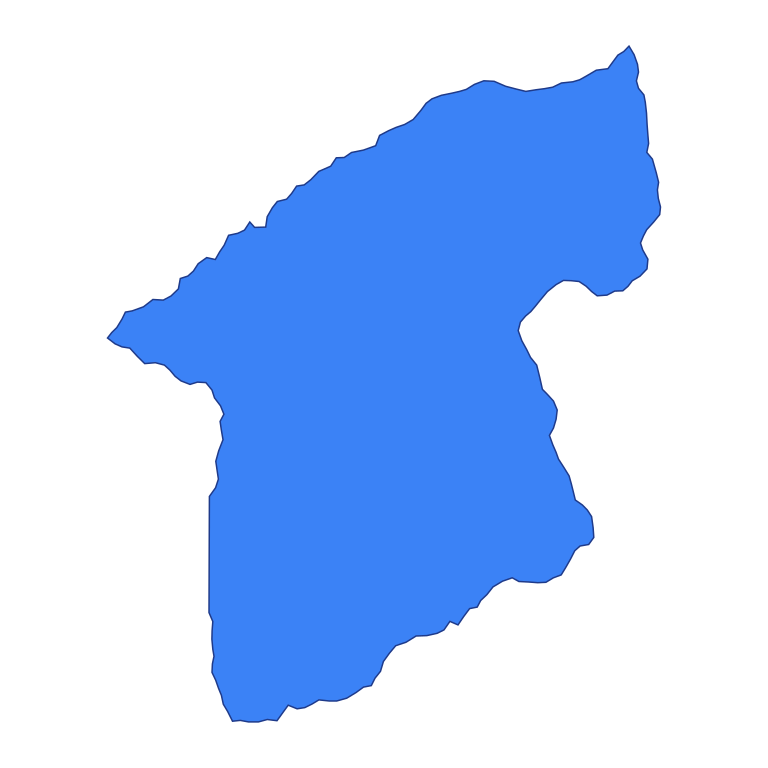 outline of Luislândia, Minas Gerais, Brazil
{"feature_id": "56859067B98667495241529", "entity_name": "Luislândia", "entity_type": "district", "adm_level": 2, "iso_a3": "BRA", "parent_name": "Brazil", "parent_adm1": "Minas Gerais", "projection": "albers", "projection_center": [-44.589, -16.198], "detail": "fine", "context": "isolated", "style": "filled", "palette": "blue", "viewbox_px": 768, "rotation_deg": 0, "n_neighbors": 0, "source": "geoboundaries", "source_scale": "gbopen_adm2", "svg_char_len": 2873}
<svg xmlns="http://www.w3.org/2000/svg" viewBox="0 0 768 768"><path d="M629.0,46.1L623.8,51.5L617.9,55.1L613.1,61.6L607.9,68.7L596.3,70.2L585.9,76.3L579.6,79.8L572.8,81.8L561.4,83.0L552.7,87.2L544.3,88.7L536.5,89.7L525.8,91.4L516.4,89.1L505.7,86.3L494.1,81.3L483.8,80.8L474.4,84.4L466.3,89.4L459.6,91.4L451.7,93.2L441.4,95.3L432.0,98.8L426.1,103.3L420.9,110.4L413.2,119.5L404.6,124.5L396.1,127.4L388.6,130.7L379.6,135.4L375.7,145.7L363.4,150.1L351.5,152.5L344.2,157.5L336.3,157.8L330.7,166.2L318.8,171.4L310.7,179.8L304.2,184.9L296.6,186.1L291.6,193.5L286.6,199.2L277.3,201.5L272.4,207.7L267.2,216.7L265.7,227.1L254.6,227.4L249.8,222.0L244.5,230.1L237.8,233.3L228.6,235.3L224.2,245.2L219.7,251.8L215.3,259.5L206.7,257.6L198.2,263.7L193.4,271.1L187.8,276.1L180.3,278.5L178.4,288.9L171.0,296.0L163.3,300.1L152.9,299.5L143.5,306.8L132.1,310.9L125.4,312.1L122.0,319.1L116.8,327.6L111.7,332.6L107.5,338.0L115.0,343.8L122.0,346.9L129.8,348.1L137.3,356.3L144.7,363.6L155.4,362.7L164.4,365.1L169.9,370.1L175.1,376.3L181.0,380.9L190.0,384.4L197.5,382.1L205.9,382.6L212.0,390.1L214.5,397.9L220.5,405.8L223.9,414.2L220.1,421.4L221.3,429.7L223.0,439.7L218.7,450.8L215.8,461.3L217.2,471.0L218.4,479.1L215.6,487.7L209.4,496.4L209.0,612.6L212.8,621.5L212.1,630.7L211.9,639.2L212.8,649.2L214.0,656.3L212.4,663.9L212.0,672.4L215.7,680.2L218.5,688.2L221.4,695.3L223.3,704.2L227.6,711.4L232.5,721.2L240.3,720.4L248.4,721.9L258.5,721.9L267.3,719.5L277.0,720.7L283.7,711.4L288.2,705.2L297.1,708.8L304.8,707.6L312.1,704.0L318.9,699.9L329.4,701.0L336.7,701.0L346.7,698.2L356.1,692.5L363.5,687.1L371.3,685.6L375.0,678.2L380.5,671.3L383.4,661.5L389.5,653.1L395.7,645.7L406.1,642.2L416.1,636.0L426.9,635.6L437.2,633.3L444.0,629.9L449.9,621.4L458.0,624.9L463.5,616.8L469.6,608.6L477.2,607.1L480.7,600.5L486.9,594.6L493.0,586.9L502.5,581.2L512.2,577.8L518.9,581.5L528.6,582.0L537.8,582.7L545.9,582.3L553.4,577.8L561.2,574.9L565.6,567.7L570.5,559.1L574.8,550.7L580.1,546.0L588.7,544.5L593.8,537.4L593.1,527.5L591.6,516.6L587.3,510.0L582.4,505.0L575.3,500.0L573.1,491.0L571.3,483.8L569.1,475.9L563.9,467.5L558.5,459.1L556.1,452.4L552.8,444.8L549.4,435.4L553.5,428.0L556.1,419.2L557.2,410.0L553.5,401.1L547.4,394.4L542.4,389.3L539.8,377.7L536.7,365.1L530.5,357.4L526.7,349.6L521.8,340.7L518.2,330.6L520.4,322.1L525.6,316.0L530.8,311.6L535.3,306.3L540.2,300.2L547.4,291.6L556.1,284.6L563.5,280.4L571.3,280.7L579.1,281.5L586.1,286.2L591.7,291.6L597.2,295.8L607.0,295.1L614.7,291.1L622.8,290.8L628.0,286.3L632.2,280.8L640.0,276.2L647.0,268.9L647.9,259.2L642.7,249.9L640.5,243.0L643.4,236.0L646.7,229.7L653.7,222.0L659.7,214.6L660.5,207.0L658.3,198.4L657.4,189.9L658.6,182.3L656.3,172.9L652.4,159.1L646.8,152.4L648.6,143.5L647.9,135.1L647.1,124.6L646.5,113.1L645.3,102.3L643.9,94.9L638.5,88.3L636.4,80.9L638.5,72.1L637.5,64.3L634.1,54.7L629.0,46.1Z" fill="#3b82f6" stroke="#1e3a8a" stroke-width="1.5"/></svg>